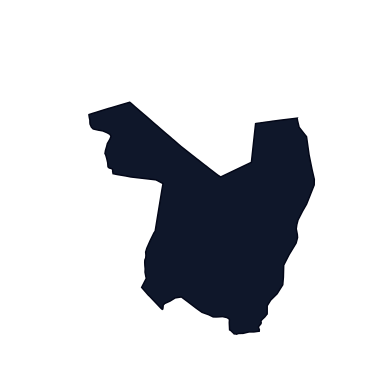 Kulbus, Western Darfur, Sudan (Mercator projection), rotated 300°
{"feature_id": "16777658B88334295817955", "entity_name": "Kulbus", "entity_type": "district", "adm_level": 2, "iso_a3": "SDN", "parent_name": "Sudan", "parent_adm1": "Western Darfur", "projection": "mercator", "projection_center": [22.731, 14.61], "detail": "fine", "context": "isolated", "style": "filled", "palette": "ink", "viewbox_px": 384, "rotation_deg": 300, "n_neighbors": 0, "source": "geoboundaries", "source_scale": "gbopen_adm2", "svg_char_len": 2818}
<svg xmlns="http://www.w3.org/2000/svg" viewBox="0 0 384 384"><g transform="rotate(300 192 192)"><path d="M207.7,64.2L207.3,64.3L207.2,64.2L207.0,64.4L205.7,65.4L205.0,66.0L203.1,67.7L202.9,67.8L201.4,68.7L199.9,69.7L197.9,72.4L197.2,74.9L198.7,79.8L200.3,84.2L200.9,88.9L200.9,92.2L199.6,94.1L196.5,94.5L191.6,94.5L188.9,95.3L184.7,96.3L181.8,97.4L181.0,98.7L178.7,101.1L175.4,104.2L171.8,106.7L171.4,108.3L171.8,109.6L172.1,111.2L171.6,112.2L170.3,112.9L168.4,114.5L168.6,115.0L169.7,118.4L172.7,126.4L174.4,131.4L181.0,146.6L184.5,154.7L184.8,162.7L179.3,164.7L139.6,179.7L137.6,179.5L128.9,180.1L120.6,181.0L119.0,181.4L116.8,181.9L115.4,182.9L113.9,183.9L111.7,184.9L109.5,185.2L107.5,186.2L104.7,188.0L102.0,189.9L99.1,191.4L95.7,194.3L94.4,195.6L84.2,196.1L80.7,206.3L80.7,206.8L75.8,223.3L75.5,224.9L76.1,225.2L78.0,224.4L79.6,223.6L81.8,224.1L86.5,227.5L91.9,230.4L95.8,235.3L94.9,243.0L93.5,253.7L92.8,260.8L94.1,268.0L94.4,272.7L95.8,275.3L97.6,278.1L99.4,280.8L100.7,284.9L100.7,287.2L100.1,288.3L99.1,288.8L97.7,289.5L96.7,290.1L91.4,293.5L91.4,295.0L90.9,296.9L90.4,299.0L90.2,299.4L90.9,300.8L91.1,301.6L92.8,303.1L95.1,306.9L99.0,311.0L99.7,311.9L101.8,315.6L104.3,318.8L105.0,319.8L106.4,319.2L107.8,317.5L108.7,316.9L110.0,317.2L111.6,317.4L112.4,317.6L113.5,317.2L114.7,316.2L116.5,316.4L120.1,317.5L123.7,318.0L123.9,318.1L125.0,317.5L131.1,314.0L137.7,314.2L146.4,316.6L149.3,316.7L157.0,317.0L163.8,313.8L174.5,308.0L186.3,307.4L199.8,307.7L205.3,306.2L207.8,304.5L212.2,300.7L216.1,299.1L220.8,297.8L230.8,297.3L238.7,297.3L259.2,294.3L264.1,291.6L271.4,284.8L282.7,274.8L297.2,263.5L297.9,261.6L301.6,252.4L306.8,247.5L307.5,247.0L308.4,246.1L308.5,246.1L305.7,242.4L298.6,232.9L295.6,229.0L293.4,226.1L292.8,225.4L291.7,224.0L290.9,223.0L290.7,222.7L289.5,221.1L288.6,220.0L288.0,219.2L287.8,219.0L287.5,218.6L287.3,218.4L287.0,218.0L286.8,217.6L285.6,216.2L285.4,215.9L285.0,215.4L284.9,215.2L284.4,214.6L284.1,214.2L283.8,213.8L283.2,213.1L283.0,212.9L247.4,228.6L219.3,209.3L219.5,206.9L219.4,206.8L219.6,205.2L219.7,204.5L219.8,203.5L219.9,203.0L219.9,202.8L220.1,201.5L220.1,201.3L220.4,199.2L220.8,196.0L221.0,194.5L221.5,191.4L221.7,189.4L221.9,188.0L222.4,184.5L222.9,181.2L223.1,179.2L223.3,178.1L223.7,175.3L224.0,173.0L224.1,172.4L224.8,167.7L225.0,166.2L225.2,164.9L225.9,160.0L226.0,159.3L226.2,158.4L226.5,156.7L227.4,152.2L227.7,150.7L228.1,148.2L228.6,146.0L229.3,142.1L229.4,141.3L230.5,135.6L231.3,131.4L231.9,128.5L232.0,128.0L232.1,127.2L233.0,122.4L233.1,122.1L234.5,115.1L235.3,110.6L235.9,107.5L236.0,106.8L236.4,104.8L237.5,98.9L237.6,98.7L238.4,94.6L238.5,93.7L238.6,93.2L232.1,87.0L228.6,83.7L224.8,80.1L223.2,78.5L222.9,78.2L218.6,74.2L217.2,72.9L212.7,68.8L212.6,68.7L210.6,66.8L208.8,65.2L207.7,64.2Z" fill="#0f172a" stroke="#020617" stroke-width="1.5"/></g></svg>